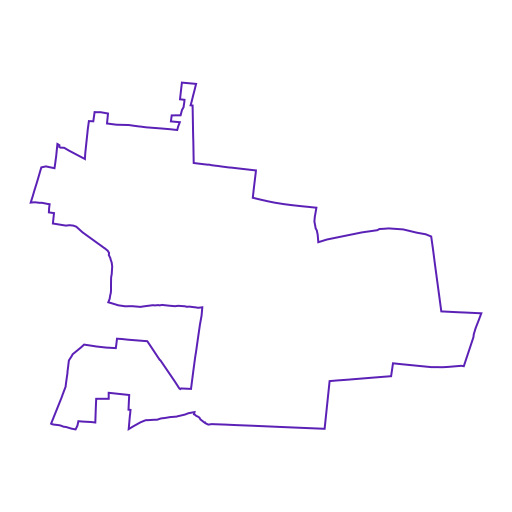 outline of Dzoncauich, Yucatán, Mexico
{"feature_id": "50627088B45441994431912", "entity_name": "Dzoncauich", "entity_type": "district", "adm_level": 2, "iso_a3": "MEX", "parent_name": "Mexico", "parent_adm1": "Yucatán", "projection": "orthographic", "projection_center": [-88.865, 21.095], "detail": "fine", "context": "isolated", "style": "outline", "palette": "violet", "viewbox_px": 512, "rotation_deg": 0, "n_neighbors": 0, "source": "geoboundaries", "source_scale": "gbopen_adm2", "svg_char_len": 3832}
<svg xmlns="http://www.w3.org/2000/svg" viewBox="0 0 512 512"><path d="M481.3,313.3L464.5,312.5L459.3,312.3L441.3,311.4L434.9,264.0L433.1,250.0L431.2,236.5L425.5,234.2L425.3,234.2L416.9,232.7L403.1,229.4L389.9,228.5L388.9,228.4L383.6,228.8L379.5,229.0L377.3,230.2L361.9,232.4L327.0,239.5L318.3,242.2L317.7,234.8L316.8,230.4L315.7,228.5L314.4,221.5L314.8,216.8L315.5,212.9L316.4,207.7L312.3,207.3L308.7,206.9L304.4,206.5L298.7,205.9L290.6,205.0L283.7,204.1L274.9,202.7L267.9,201.3L258.7,199.2L253.4,197.9L252.8,197.8L253.8,188.6L255.8,172.1L255.9,170.4L253.8,170.2L232.9,167.8L230.6,167.5L230.1,167.6L221.5,166.5L217.6,165.9L216.2,165.8L210.9,165.1L209.5,164.7L208.6,164.7L207.9,164.7L206.1,164.5L200.9,163.9L193.7,163.0L193.3,140.3L193.2,138.1L193.0,128.8L193.0,127.8L192.8,116.5L192.6,105.5L190.6,105.3L191.4,102.5L192.7,97.3L193.4,94.4L193.6,93.7L194.5,90.3L195.8,85.0L196.1,83.9L181.9,82.6L180.0,99.3L184.5,99.8L184.3,102.2L183.5,107.4L182.0,109.9L180.6,115.3L171.7,115.4L170.9,121.4L179.8,122.2L178.3,126.1L177.2,130.0L169.9,129.2L160.3,128.4L145.9,127.3L140.8,126.6L138.6,126.4L133.4,125.7L130.1,125.2L128.3,125.0L123.6,124.9L116.4,124.7L107.0,123.5L108.0,113.5L100.6,112.2L96.3,112.2L94.6,112.1L93.3,121.3L88.9,121.1L87.8,129.1L87.4,133.0L85.3,152.8L84.9,158.4L84.9,158.6L84.9,159.0L76.9,154.8L68.4,150.3L64.2,147.8L60.4,147.6L59.3,147.0L59.4,145.2L57.4,144.0L56.2,156.0L55.1,164.1L54.5,168.2L50.1,167.3L45.9,166.4L41.3,167.4L37.9,179.1L36.4,184.1L34.2,191.1L32.7,196.3L30.7,202.6L33.6,202.3L35.5,202.3L39.2,202.8L41.9,202.8L44.0,203.2L47.4,203.9L49.6,204.2L49.1,208.2L48.9,212.4L54.0,213.1L52.9,223.5L65.8,225.6L69.6,225.2L73.3,225.6L76.3,226.7L82.5,232.3L103.8,247.7L104.2,248.0L104.3,248.0L104.5,248.1L107.7,250.7L109.1,253.0L108.8,255.0L110.3,258.0L110.7,259.7L111.7,262.6L112.2,266.5L111.7,274.4L111.4,275.7L111.2,277.0L111.1,278.0L111.0,284.3L111.0,285.4L111.0,285.5L111.0,290.7L110.8,292.8L110.6,293.8L110.4,294.6L110.2,295.3L109.7,298.6L108.3,302.3L109.0,302.5L111.2,303.1L118.3,305.3L124.5,306.2L124.8,306.3L125.2,306.3L125.3,306.3L129.4,306.2L130.9,306.2L132.4,306.2L140.5,306.9L143.5,306.4L152.8,305.2L154.9,305.4L158.4,305.1L159.7,305.4L161.9,304.9L169.2,305.7L175.1,306.2L178.1,305.8L185.1,306.3L186.8,306.8L188.0,306.7L189.3,306.6L196.5,307.5L198.2,307.8L202.3,307.3L201.6,315.4L199.9,324.9L198.5,334.5L197.4,342.2L196.0,352.1L195.2,357.0L193.6,368.8L191.0,388.9L181.9,388.5L181.2,388.4L180.3,389.1L179.3,388.4L174.7,381.3L160.4,360.3L159.7,359.9L154.1,351.4L147.3,341.2L144.6,341.0L133.1,340.1L128.1,339.7L121.8,339.0L117.0,338.7L116.4,343.8L115.8,348.1L115.6,348.1L106.8,347.6L106.6,347.6L106.3,347.6L96.5,346.5L91.4,345.7L84.1,344.6L80.9,347.5L75.2,352.2L72.7,354.2L71.5,356.4L68.9,360.4L67.4,372.5L67.5,372.8L66.8,377.5L66.0,383.3L65.6,386.7L62.8,394.1L61.6,397.5L54.9,414.2L51.1,423.7L52.3,424.3L53.2,424.4L53.9,424.6L57.6,425.0L60.2,425.4L63.6,426.7L66.1,427.0L71.7,428.7L75.6,429.4L77.4,425.7L78.4,421.2L80.5,421.4L84.9,421.7L91.0,422.0L95.3,422.5L95.8,408.2L96.2,398.8L108.7,398.8L108.7,392.8L129.2,395.0L128.5,409.7L130.5,409.9L130.1,414.3L129.9,415.6L129.5,420.0L129.0,425.7L128.7,429.1L133.5,426.2L140.5,422.3L144.9,420.5L146.2,420.1L147.3,420.2L151.9,419.9L153.2,419.8L157.2,419.7L160.7,418.5L162.8,418.2L164.9,418.0L170.0,417.1L176.7,416.6L177.4,416.3L178.4,416.1L184.8,414.6L188.5,413.2L194.5,412.1L194.0,414.3L194.6,414.5L196.3,415.9L198.0,416.7L199.4,417.6L200.4,419.4L204.8,422.8L205.1,422.6L205.4,423.1L205.5,423.1L205.8,423.4L208.3,424.6L209.9,424.4L211.3,424.1L225.5,424.6L236.0,425.1L251.6,425.7L286.1,427.2L324.6,428.8L329.6,381.1L337.8,380.4L347.6,379.7L368.3,378.0L384.6,376.7L391.1,376.2L393.0,363.3L400.5,364.1L431.0,367.1L442.9,367.2L448.2,366.9L461.2,365.8L463.8,366.2L473.4,337.3L473.8,334.2L475.6,328.2L478.8,320.0L481.3,313.3Z" fill="none" stroke="#5b21b6" stroke-width="2"/></svg>